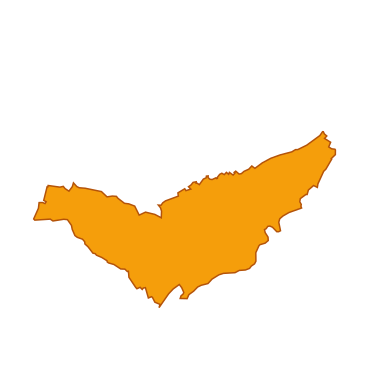 outline of Cork City South West Lea-7, Cork, Ireland, rotated 141°
{"feature_id": "5873133B2000011981509", "entity_name": "Cork City South West Lea-7", "entity_type": "district", "adm_level": 2, "iso_a3": "IRL", "parent_name": "Ireland", "parent_adm1": "Cork", "projection": "orthographic", "projection_center": [-8.54, 51.864], "detail": "fine", "context": "isolated", "style": "filled", "palette": "amber", "viewbox_px": 384, "rotation_deg": 141, "n_neighbors": 0, "source": "geoboundaries", "source_scale": "gbopen_adm2", "svg_char_len": 2447}
<svg xmlns="http://www.w3.org/2000/svg" viewBox="0 0 384 384"><g transform="rotate(141 192 192)"><path d="M331.9,269.1L319.2,260.1L318.3,257.0L308.8,251.5L306.2,248.9L306.7,241.9L308.6,238.3L310.4,231.8L309.7,229.0L306.8,224.2L306.7,220.9L307.9,219.0L307.3,215.0L307.5,206.8L306.0,205.0L306.0,203.0L303.3,197.9L301.3,192.0L301.9,191.0L301.5,189.4L298.3,184.8L295.8,177.0L292.7,174.3L292.3,170.9L291.3,170.4L294.7,165.4L295.8,153.4L295.7,151.5L292.3,150.6L292.0,147.6L290.3,148.0L288.4,147.0L292.6,137.1L289.3,136.1L289.1,134.8L290.2,129.7L287.6,124.8L290.4,122.9L274.2,127.6L267.5,128.5L260.1,128.1L260.2,124.2L261.6,119.1L263.1,118.3L265.9,118.2L268.2,116.7L262.9,112.2L259.0,114.2L253.1,113.9L247.4,114.6L243.5,113.7L237.2,110.8L231.2,111.7L223.2,110.7L218.8,109.0L209.3,102.2L204.6,101.3L199.6,97.8L195.4,96.4L192.5,97.1L188.6,96.8L185.9,98.0L180.6,104.7L173.8,108.1L172.4,108.3L167.3,106.2L163.3,106.3L161.3,109.1L160.7,114.4L159.3,117.2L157.6,116.8L154.7,117.6L152.9,116.5L151.6,113.9L151.1,107.8L149.7,106.6L147.6,106.2L143.6,113.9L140.6,116.0L136.2,116.1L129.5,115.0L116.9,110.6L116.3,112.4L114.9,113.6L114.4,116.6L112.0,118.7L105.1,118.4L104.1,117.6L100.3,120.3L93.4,120.5L91.7,116.7L89.0,119.1L76.7,125.2L73.6,125.5L62.8,129.6L62.8,130.3L57.1,130.8L54.1,134.4L54.0,135.3L56.3,137.7L57.4,141.0L53.0,143.4L55.3,150.2L52.0,150.7L52.6,153.8L52.0,156.2L52.6,156.7L57.1,155.4L73.4,156.2L83.1,158.4L84.9,159.8L89.2,160.4L100.0,165.3L109.5,168.6L118.9,170.4L128.2,170.8L129.2,174.6L133.5,174.0L138.5,175.3L142.1,175.2L144.1,176.3L144.9,180.7L146.9,180.7L146.7,179.7L149.4,179.3L150.6,183.7L152.4,182.7L152.9,185.6L156.0,185.2L157.0,187.8L159.4,188.3L163.2,187.4L163.7,186.6L164.6,187.1L164.6,188.0L168.5,189.0L170.1,190.7L170.4,193.1L169.3,194.3L170.8,195.3L172.1,194.1L175.0,194.9L181.7,193.1L182.5,195.7L183.3,196.2L182.3,197.3L185.1,198.8L188.3,198.1L191.4,198.3L191.1,195.0L195.9,196.9L195.6,199.1L203.5,200.2L205.2,197.4L218.2,201.8L221.5,202.0L224.4,201.2L226.4,203.0L226.4,199.7L227.7,196.3L232.1,191.3L235.0,198.0L240.8,205.6L247.6,207.3L245.4,217.1L248.6,222.6L251.6,225.7L253.5,233.6L253.5,236.2L256.5,239.0L261.1,241.7L262.1,249.3L272.6,262.1L277.0,266.3L278.1,268.7L278.4,273.7L281.6,271.5L287.1,270.1L288.5,274.5L288.5,277.4L291.6,278.9L299.7,287.6L300.9,286.7L301.4,287.2L312.5,278.8L311.5,276.2L313.5,275.5L314.8,277.9L317.5,280.0L321.6,276.0L332.0,270.7L331.9,269.1Z" fill="#f59e0b" stroke="#b45309" stroke-width="1.5"/></g></svg>